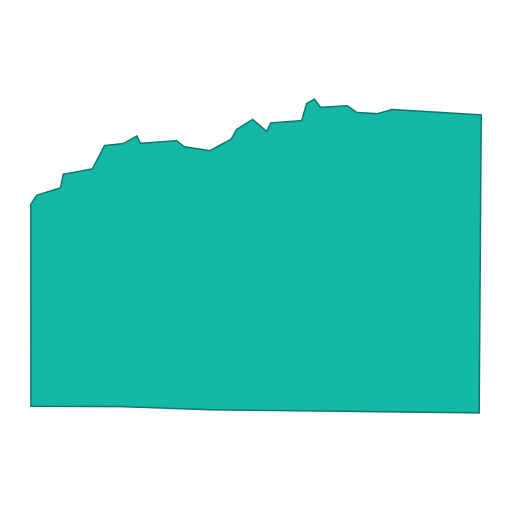 outline of Washington, Illinois, United States of America
{"feature_id": "52423323B5171032180406", "entity_name": "Washington", "entity_type": "district", "adm_level": 2, "iso_a3": "USA", "parent_name": "United States of America", "parent_adm1": "Illinois", "projection": "orthographic", "projection_center": [-89.437, 38.366], "detail": "fine", "context": "isolated", "style": "filled", "palette": "teal", "viewbox_px": 512, "rotation_deg": 0, "n_neighbors": 0, "source": "geoboundaries", "source_scale": "gbopen_adm2", "svg_char_len": 521}
<svg xmlns="http://www.w3.org/2000/svg" viewBox="0 0 512 512"><path d="M481.0,144.9L481.3,114.9L392.1,109.5L377.5,113.7L356.7,112.4L347.1,105.7L320.6,107.4L314.4,99.1L306.6,103.6L301.7,120.6L270.7,122.9L266.7,131.4L252.6,119.4L236.5,129.5L231.2,139.2L209.7,150.7L184.0,146.6L176.6,140.7L140.4,143.3L136.9,136.0L123.6,143.5L104.5,145.6L92.4,168.9L63.2,174.3L60.5,187.8L36.8,195.2L30.7,204.6L30.9,406.3L120.0,406.6L211.5,409.8L479.2,412.9L480.4,233.7L481.0,144.9Z" fill="#14b8a6" stroke="#0f766e" stroke-width="1.5"/></svg>